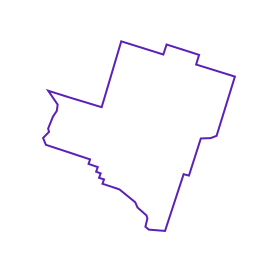 the district of Coffee, Georgia, United States of America, rotated 287°
{"feature_id": "52423323B74845935741438", "entity_name": "Coffee", "entity_type": "district", "adm_level": 2, "iso_a3": "USA", "parent_name": "United States of America", "parent_adm1": "Georgia", "projection": "mercator", "projection_center": [-82.919, 31.59], "detail": "fine", "context": "isolated", "style": "outline", "palette": "violet", "viewbox_px": 256, "rotation_deg": 287, "n_neighbors": 0, "source": "geoboundaries", "source_scale": "gbopen_adm2", "svg_char_len": 614}
<svg xmlns="http://www.w3.org/2000/svg" viewBox="0 0 256 256"><g transform="rotate(287 128 128)"><path d="M208.4,215.2L208.6,174.6L218.7,174.6L219.1,140.5L208.6,140.3L208.9,96.2L147.6,96.7L140.2,96.7L140.1,61.8L140.3,40.8L129.8,53.9L123.6,54.9L116.9,52.9L104.1,51.8L101.2,53.6L93.6,49.7L87.9,54.4L87.0,96.0L86.9,100.9L82.1,100.8L81.8,110.5L76.9,110.3L76.6,115.1L71.9,114.9L71.8,120.1L67.2,119.9L66.8,137.7L59.1,156.6L54.7,160.4L49.8,171.2L47.1,173.0L38.7,173.5L36.9,177.6L40.4,193.5L100.1,194.7L100.3,200.2L139.3,200.7L142.5,210.0L146.4,215.0L208.4,215.2Z" fill="none" stroke="#5b21b6" stroke-width="2"/></g></svg>